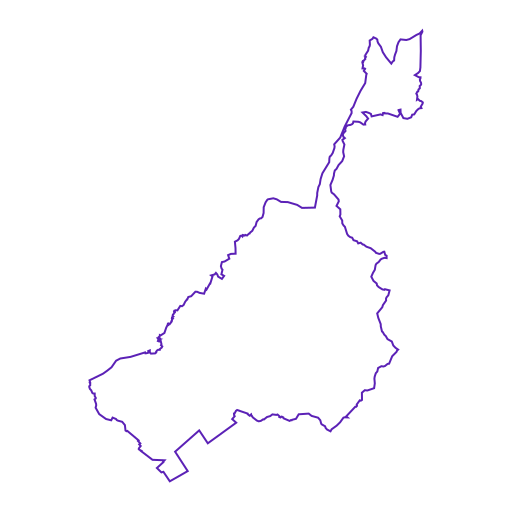 Mihaileni, Harghita, Romania
{"feature_id": "2599482B41839360493249", "entity_name": "Mihaileni", "entity_type": "district", "adm_level": 2, "iso_a3": "ROU", "parent_name": "Romania", "parent_adm1": "Harghita", "projection": "mercator", "projection_center": [25.857, 46.528], "detail": "fine", "context": "isolated", "style": "outline", "palette": "violet", "viewbox_px": 512, "rotation_deg": 0, "n_neighbors": 0, "source": "geoboundaries", "source_scale": "gbopen_adm2", "svg_char_len": 6022}
<svg xmlns="http://www.w3.org/2000/svg" viewBox="0 0 512 512"><path d="M169.8,481.3L187.7,471.1L175.1,451.7L199.2,430.4L207.8,443.3L236.2,422.7L232.2,419.1L234.7,416.2L234.1,415.3L234.0,413.6L234.5,413.6L236.0,410.8L237.1,410.0L247.7,413.6L247.7,414.2L249.6,415.7L251.1,414.4L251.5,415.9L252.0,416.0L252.7,417.3L256.9,420.6L258.7,421.3L260.8,420.9L263.2,419.3L263.9,419.5L267.0,417.0L270.2,416.1L272.4,414.4L276.4,414.9L277.5,414.5L279.5,416.3L279.3,417.0L280.5,417.5L281.7,416.6L283.3,417.4L283.5,418.3L289.6,420.9L290.9,420.1L291.7,420.3L292.1,419.8L296.0,418.8L298.7,414.3L308.7,413.6L311.6,415.9L318.1,417.7L320.3,420.3L321.2,423.7L321.8,424.4L325.1,426.3L325.6,427.9L327.0,429.5L330.5,431.3L331.6,429.3L336.6,425.7L340.1,422.3L343.4,417.7L344.5,417.3L347.4,417.4L346.2,416.4L355.3,406.7L356.1,406.8L357.0,405.8L356.7,404.5L359.8,400.3L360.8,400.7L362.0,399.9L361.9,392.7L364.8,390.2L367.3,390.5L374.1,388.2L374.8,383.4L374.4,378.6L374.7,376.6L375.8,373.2L377.3,371.5L378.1,368.0L381.4,366.2L383.4,366.5L385.0,366.0L387.6,363.9L389.1,363.7L392.2,356.2L396.5,351.9L397.1,350.5L398.1,349.6L395.5,347.8L393.3,345.5L391.8,341.5L387.5,339.1L385.8,336.1L384.3,334.7L382.8,332.1L382.0,331.5L380.8,326.5L380.7,324.1L378.3,317.9L377.2,313.4L382.3,307.2L382.9,305.1L386.1,300.5L386.0,298.7L386.5,297.4L388.3,295.3L389.6,290.4L384.9,289.2L384.4,289.8L382.4,289.4L378.6,287.0L377.0,285.3L376.7,283.5L373.5,280.9L371.3,276.7L373.0,272.8L374.8,269.8L375.6,265.1L376.4,263.7L378.7,262.0L380.7,259.4L382.1,258.6L384.6,257.8L386.6,258.1L386.6,255.7L385.2,254.9L384.3,251.7L383.4,251.8L380.2,253.8L379.2,253.9L375.9,252.8L375.3,251.8L370.7,248.2L366.4,246.7L363.7,244.6L362.7,244.5L360.7,242.7L358.2,243.4L357.1,241.3L353.5,240.2L352.2,237.7L350.2,237.1L348.3,235.7L347.1,233.9L344.9,226.8L343.6,225.5L342.3,223.4L342.2,220.5L339.7,216.3L340.4,214.5L340.3,209.3L336.5,205.9L338.8,201.3L338.5,199.5L334.0,194.3L331.7,192.6L331.2,191.3L330.4,185.0L332.6,179.8L333.9,175.5L334.0,173.6L334.8,170.5L336.5,168.9L338.6,165.0L342.2,161.1L344.1,156.3L343.2,152.2L343.3,149.9L344.4,144.5L342.6,140.9L342.4,139.8L344.8,138.1L343.3,136.7L342.8,134.8L343.4,133.3L345.5,131.0L345.1,128.9L345.7,128.2L345.9,126.9L347.8,125.3L350.5,124.9L352.2,124.1L353.0,123.2L353.4,121.5L358.5,121.8L360.3,122.4L363.4,124.6L365.2,124.5L365.0,123.1L365.6,121.5L368.1,118.6L366.2,116.1L362.5,112.5L365.9,111.9L368.8,112.9L370.9,113.9L371.6,116.4L380.5,114.4L382.6,115.1L383.1,113.0L384.5,112.9L384.7,113.4L388.0,113.5L397.6,116.8L400.1,113.7L399.2,111.7L399.7,111.9L399.5,111.0L399.8,110.5L399.2,109.9L400.5,109.6L400.6,112.8L403.4,118.1L407.4,118.8L411.2,117.3L412.2,114.7L414.2,114.4L416.3,111.0L418.1,109.2L419.5,108.3L421.4,108.1L420.8,106.6L422.6,103.6L422.8,102.4L421.2,101.1L419.8,100.8L418.0,99.0L417.0,99.7L417.4,96.4L416.9,94.4L416.3,93.7L417.3,91.7L418.2,91.4L418.5,89.5L419.8,88.3L419.7,86.0L420.9,84.9L421.2,84.1L421.0,82.7L420.0,80.8L419.9,79.4L420.4,78.5L420.5,77.3L418.8,77.2L414.9,75.1L418.1,73.0L419.9,71.1L420.4,67.5L420.8,51.0L420.6,35.3L422.4,31.7L422.2,30.7L419.6,33.5L416.5,34.9L409.6,39.1L406.3,40.0L400.5,39.4L398.5,42.2L397.0,46.2L396.4,51.0L395.0,54.7L394.3,57.3L394.1,60.5L392.7,61.5L391.3,63.6L386.0,57.2L382.8,52.2L380.9,46.8L378.3,43.3L377.5,41.4L377.3,39.6L376.3,38.6L373.4,37.3L372.5,38.8L369.7,40.5L369.9,44.8L369.5,46.5L368.8,47.5L368.1,50.7L365.4,54.9L365.3,56.1L365.1,56.2L365.9,56.9L365.0,58.0L365.3,59.0L363.6,60.7L363.3,61.7L362.7,61.3L362.3,62.2L363.1,65.4L362.5,68.4L364.6,68.4L365.1,68.8L363.8,70.9L366.7,73.8L366.3,74.7L365.2,83.1L360.6,90.7L356.6,98.7L353.3,106.8L350.9,109.7L351.6,111.0L351.6,113.1L344.7,126.5L340.2,137.6L334.2,144.3L334.6,146.3L334.4,148.1L332.7,153.0L331.1,155.5L329.8,156.6L329.4,158.3L329.2,162.2L322.4,173.3L320.6,179.1L319.8,184.2L318.4,187.0L317.2,193.0L317.2,195.4L314.9,207.6L302.0,207.9L297.2,204.9L287.8,202.1L281.0,201.9L276.7,199.3L273.3,198.3L268.0,199.3L267.3,199.8L265.6,202.3L263.7,207.2L263.6,213.0L262.5,217.0L261.1,218.3L259.8,218.5L258.6,219.3L256.6,222.0L255.6,225.9L253.9,227.6L252.3,230.8L250.2,232.5L249.6,233.5L249.1,233.5L247.0,235.5L245.3,234.9L244.9,235.5L243.3,235.7L243.3,235.1L242.9,235.0L242.4,236.5L241.4,235.6L240.3,235.9L238.9,239.0L237.5,240.4L234.9,241.7L235.5,248.1L235.6,253.7L230.9,253.9L228.1,255.1L229.3,258.7L224.6,261.5L221.9,262.1L220.9,266.1L221.6,268.6L222.5,269.7L221.4,274.3L224.1,275.9L221.9,278.9L218.1,276.6L217.3,274.5L215.9,272.9L214.7,274.4L211.2,275.4L212.5,276.4L210.3,283.5L210.0,283.4L206.5,289.6L205.8,288.7L204.1,293.7L199.6,292.9L197.2,291.8L195.4,291.7L191.2,296.2L188.3,297.0L187.3,299.4L187.0,299.3L185.1,301.9L183.6,305.0L182.0,306.2L180.3,305.9L177.4,310.4L175.8,310.2L174.3,310.7L174.1,311.3L174.9,311.7L174.9,312.4L174.1,312.8L173.6,314.1L172.9,314.6L172.6,316.0L173.3,316.6L172.0,317.5L171.9,318.3L172.8,318.6L172.0,319.7L171.9,320.9L171.3,321.3L171.5,321.8L169.7,324.1L168.4,323.4L167.9,323.6L167.6,324.9L167.9,325.3L167.3,325.5L166.2,327.7L164.4,333.0L160.6,335.4L159.9,335.1L159.9,335.9L158.7,337.1L159.9,338.3L157.7,338.3L158.6,339.7L159.5,339.7L158.1,340.5L157.9,341.0L159.2,341.5L159.9,340.8L160.7,340.9L161.5,344.3L161.0,345.2L162.3,346.4L161.7,347.6L159.9,349.0L159.8,349.8L158.1,349.8L156.9,350.6L156.0,352.0L156.2,352.5L155.1,353.4L150.9,353.6L149.8,352.3L149.8,350.4L148.2,351.1L148.7,352.6L146.7,353.2L145.4,353.3L145.1,352.4L130.5,356.9L120.3,358.5L116.1,360.7L111.5,367.3L107.2,370.7L103.0,373.7L89.5,380.3L90.2,382.6L89.8,382.8L90.2,383.5L90.2,385.3L89.4,386.0L89.2,386.8L89.9,388.9L91.2,390.3L92.3,392.9L93.2,393.5L94.7,393.5L94.7,396.0L95.8,398.0L95.7,398.5L94.5,399.4L96.1,403.9L96.2,405.4L95.6,407.7L99.2,414.1L106.0,419.0L111.2,420.3L112.6,417.6L116.0,419.0L116.8,420.1L118.1,420.7L122.2,421.8L124.9,425.1L125.5,430.5L126.5,431.2L127.3,430.9L138.6,440.4L138.0,441.0L140.3,443.4L139.2,444.4L140.7,446.0L139.1,448.0L138.7,449.0L139.2,449.6L141.4,450.8L141.1,451.1L152.5,459.8L164.5,460.3L163.2,461.7L163.4,462.1L156.9,468.0L161.4,472.4L163.4,471.8L169.8,481.3Z" fill="none" stroke="#5b21b6" stroke-width="2"/></svg>